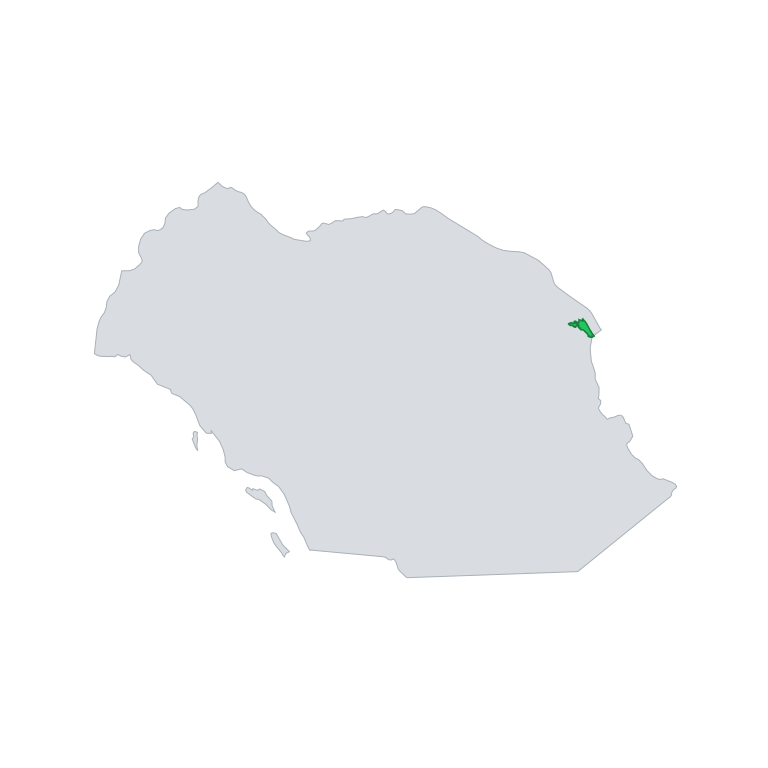 Kigoma, Kigoma, United Republic of Tanzania (highlighted), rotated 141°
{"feature_id": "72390352B30674118715659", "entity_name": "Kigoma", "entity_type": "district", "adm_level": 2, "iso_a3": "TZA", "parent_name": "United Republic of Tanzania", "parent_adm1": "Kigoma", "projection": "equal_earth", "projection_center": [29.769, -4.701], "detail": "fine", "context": "in_parent", "style": "filled", "palette": "green", "viewbox_px": 768, "rotation_deg": 141, "n_neighbors": 0, "source": "geoboundaries", "source_scale": "gbopen_adm2", "svg_char_len": 7640}
<svg xmlns="http://www.w3.org/2000/svg" viewBox="0 0 768 768"><g transform="rotate(141 384 384)"><path d="M311.3,537.2L305.2,532.9L299.8,530.3L295.3,527.5L293.3,524.7L289.1,523.6L285.4,523.1L282.1,520.5L275.1,519.6L274.4,517.8L274.3,514.0L273.1,513.0L270.5,512.0L267.8,512.0L266.2,512.6L265.2,512.3L262.9,510.0L260.8,507.2L260.1,502.6L256.9,499.6L253.2,497.3L243.1,497.5L241.5,496.8L239.1,494.5L236.2,490.6L234.0,486.2L232.0,480.2L229.9,472.2L218.3,440.0L217.1,433.9L214.8,427.2L211.1,418.9L207.1,412.7L201.8,407.1L195.7,401.6L192.4,397.8L186.1,382.6L184.9,375.5L183.9,368.2L184.3,365.2L188.2,355.7L188.6,353.1L188.1,349.5L186.2,341.9L183.7,332.7L178.8,316.0L178.0,311.8L178.1,308.6L181.0,291.6L181.0,289.3L192.7,289.6L201.3,282.1L208.7,271.0L210.2,266.4L213.2,259.2L216.2,255.7L217.3,253.2L219.0,246.1L222.9,241.3L226.7,237.6L226.0,235.0L226.5,234.0L228.6,232.1L232.6,230.4L233.4,226.6L233.4,222.4L232.8,220.1L232.9,217.3L232.3,215.8L229.6,215.4L225.7,213.3L222.4,212.4L220.2,211.2L219.4,210.3L219.0,207.8L220.8,201.2L219.0,198.6L223.1,187.8L223.8,186.5L225.3,186.3L227.7,185.2L229.8,184.6L231.6,185.1L232.9,184.6L234.1,183.4L235.1,179.7L235.9,173.6L235.4,168.6L233.7,164.8L233.3,158.9L234.1,151.0L233.5,144.5L231.6,139.2L229.7,136.1L226.8,134.7L222.2,126.7L220.7,122.8L221.0,120.4L222.6,119.4L225.5,119.7L228.3,118.8L230.9,116.6L233.4,116.0L234.7,116.3L351.5,116.3L487.9,218.9L488.4,220.1L489.5,228.9L489.2,231.9L487.1,237.0L486.5,239.7L486.5,241.5L487.0,242.2L488.8,242.5L490.3,243.7L490.9,244.7L492.0,248.5L493.5,250.4L545.1,300.7L546.3,301.4L545.5,305.7L542.6,315.9L542.4,320.1L541.2,325.1L540.1,328.5L537.0,342.8L534.5,348.2L531.0,360.8L530.4,370.4L532.2,377.2L532.9,383.5L536.9,389.7L540.0,391.9L542.2,394.8L546.0,401.2L548.1,407.7L554.9,410.9L557.6,418.2L556.6,423.2L553.4,427.3L550.3,434.0L547.9,442.9L547.7,456.3L549.4,454.3L553.0,457.6L553.3,467.5L549.5,479.1L548.3,484.5L548.1,489.1L550.7,502.9L554.7,510.0L554.4,512.2L553.3,514.0L560.2,526.5L559.5,537.3L562.1,545.7L563.2,553.0L564.8,558.6L565.1,562.4L562.9,566.7L568.0,567.8L571.0,571.3L572.4,574.6L576.1,574.5L578.1,576.8L580.9,578.7L587.3,584.3L589.0,587.1L590.0,589.8L572.2,607.5L565.8,612.1L561.2,614.2L556.4,615.4L551.8,618.2L547.4,622.5L541.8,624.8L535.0,624.8L527.9,627.8L516.6,637.0L510.1,631.9L505.0,630.3L499.1,630.5L495.5,631.1L494.2,632.2L493.1,635.3L492.1,640.4L488.2,645.3L481.4,650.0L475.1,651.8L469.4,650.6L465.6,648.6L463.6,645.9L460.7,644.6L456.7,644.8L453.0,646.8L449.4,650.5L443.6,652.0L435.8,651.6L431.6,649.8L431.0,646.7L427.6,643.2L421.3,639.1L416.7,639.0L413.7,642.9L410.9,645.4L408.5,646.4L406.2,646.5L403.1,645.4L394.4,645.0L386.1,645.2L385.4,639.5L383.7,636.0L382.2,633.9L379.4,633.4L378.6,631.8L377.7,628.3L376.3,625.3L374.4,622.8L373.3,620.5L373.0,618.3L373.3,616.0L375.0,610.1L375.6,606.1L375.4,602.0L374.5,597.8L372.6,592.8L372.8,591.4L372.2,588.0L372.1,585.6L372.5,582.6L372.1,578.7L370.5,570.3L370.5,568.2L368.8,564.1L363.3,554.6L363.1,553.3L354.5,543.7L351.1,541.6L349.8,543.4L349.4,545.0L349.7,548.1L349.5,549.7L349.1,550.4L347.1,550.3L345.8,549.9L342.6,547.3L340.0,546.7L333.7,547.1L331.5,547.8L329.8,547.2L326.5,542.7L322.6,541.8L319.1,541.6L313.3,536.6L311.3,537.2ZM556.1,375.7L558.9,386.3L558.5,388.3L556.5,389.5L555.4,389.6L554.2,387.9L553.3,384.3L551.8,385.2L549.2,380.9L546.7,380.7L544.4,375.6L545.3,371.1L544.9,363.5L547.7,359.6L549.3,353.0L551.0,357.5L551.4,364.5L553.8,372.7L556.1,375.7ZM570.2,312.2L570.4,314.7L569.8,317.1L569.9,324.6L569.6,329.7L567.5,336.6L565.7,339.1L564.2,338.4L562.9,337.2L561.9,335.3L564.0,322.6L563.0,313.2L567.0,314.1L570.2,312.2ZM563.4,465.8L561.4,466.5L560.6,465.8L559.4,463.8L561.5,462.0L563.6,458.5L568.5,453.5L570.8,449.4L570.4,453.4L567.6,462.0L565.3,462.5L563.4,465.8Z" fill="#d9dde1" stroke="#a8b0b8" stroke-width="1"/><path d="M194.3,290.0L194.1,290.5L193.9,290.6L193.8,290.3L193.5,289.8L193.3,289.7L193.0,289.8L192.9,289.8L192.5,289.2L192.4,289.2L192.2,289.7L192.1,289.2L191.9,289.2L191.7,289.5L191.4,289.5L191.2,289.3L191.1,289.2L190.9,289.2L190.6,289.0L190.5,289.3L190.5,289.7L190.4,290.2L190.4,290.5L190.4,291.2L190.4,291.6L190.4,292.1L190.4,292.6L190.3,293.0L190.4,293.4L190.3,293.5L190.2,293.9L190.1,294.1L190.1,294.4L190.1,294.5L190.0,295.0L190.0,295.5L190.0,296.0L190.0,296.4L189.9,296.6L189.8,296.8L189.8,297.0L189.8,297.5L189.6,298.0L189.4,299.2L189.2,299.8L189.2,300.0L189.1,300.3L189.1,300.7L189.1,301.2L189.0,301.3L188.9,301.7L188.9,301.8L188.8,302.1L188.8,302.5L188.8,302.8L188.7,303.0L188.7,303.3L188.6,303.5L188.5,303.8L188.4,304.0L188.5,304.3L188.5,304.6L188.5,304.9L188.5,305.1L188.5,305.3L188.5,305.6L188.4,305.8L188.4,306.1L188.3,306.5L188.5,306.9L188.6,307.0L188.6,307.3L188.7,307.7L188.7,307.8L188.5,308.0L188.5,308.4L188.7,308.6L188.7,308.9L188.6,309.0L188.7,309.3L188.6,309.5L189.0,309.5L189.1,309.4L189.1,309.2L189.4,309.0L189.5,308.9L189.5,308.4L189.6,308.1L189.7,307.9L189.8,307.8L190.3,308.1L190.3,308.5L190.4,308.8L190.7,309.2L191.0,309.6L191.1,310.0L191.6,310.4L191.8,310.6L191.9,311.0L192.0,311.2L192.2,310.8L192.4,310.5L192.5,310.4L192.9,310.3L193.3,310.2L193.5,310.1L193.7,309.9L193.5,309.6L193.8,309.4L194.0,309.3L194.2,309.5L194.3,309.7L194.5,309.7L194.6,309.8L194.6,309.7L195.1,309.4L195.3,309.2L195.4,308.7L195.5,308.7L195.6,308.8L195.8,308.8L195.7,309.1L195.5,309.4L195.5,309.9L195.6,310.0L195.4,310.4L195.4,310.6L195.4,310.8L195.3,311.1L195.5,311.9L195.6,312.3L196.0,312.5L196.7,312.9L196.9,312.8L196.8,312.7L196.9,312.3L196.9,312.1L197.1,312.0L196.9,311.5L196.9,311.4L197.1,311.3L197.1,311.1L197.3,311.4L197.5,311.4L198.2,311.7L198.4,311.7L198.5,311.7L198.5,311.8L198.8,311.8L198.9,312.0L199.0,312.1L199.0,312.3L199.2,312.5L199.3,312.8L199.5,313.3L199.5,313.6L200.0,313.8L200.3,313.9L200.3,314.0L201.0,314.1L201.2,314.3L201.4,314.3L201.6,314.4L201.9,314.5L202.2,314.6L202.5,314.7L202.8,314.6L202.8,314.4L202.8,314.1L202.8,313.9L202.8,313.7L202.7,313.6L202.6,313.4L202.6,313.2L202.4,312.9L202.2,312.8L202.4,312.5L202.5,312.3L202.5,312.2L202.7,311.9L202.5,312.1L202.4,312.1L202.0,311.7L201.6,311.5L201.2,311.5L200.8,311.3L200.7,311.1L200.6,310.6L200.6,309.7L200.5,309.2L200.1,309.4L200.0,309.0L200.0,308.8L199.9,308.7L200.0,308.5L199.9,308.4L199.9,307.9L199.6,307.7L199.3,307.6L199.2,307.7L198.9,307.8L198.7,307.8L198.4,308.0L198.5,308.1L198.4,308.2L198.2,308.0L197.9,308.1L197.8,308.3L197.8,308.2L197.7,308.2L197.4,308.0L197.2,308.1L196.9,308.4L196.7,308.5L196.4,308.7L196.2,308.6L196.0,308.8L195.9,308.8L195.8,308.7L195.8,308.3L195.8,308.1L196.0,308.0L196.1,307.9L195.9,307.6L195.7,307.5L195.7,307.3L195.7,307.2L196.0,307.3L196.3,307.2L196.5,307.3L196.5,307.1L196.4,306.9L196.4,306.7L196.6,306.6L196.8,306.4L196.9,306.5L197.0,306.5L197.1,306.4L197.1,305.9L196.9,305.9L196.6,305.7L196.6,305.4L196.6,305.2L196.6,304.8L196.7,304.7L196.8,304.6L197.0,304.5L197.1,304.4L196.9,304.2L197.0,304.2L197.0,303.9L196.9,303.8L196.8,303.7L196.7,303.7L196.8,303.7L196.9,303.4L196.9,303.0L196.7,303.1L196.6,302.8L196.5,302.7L196.5,302.3L196.6,302.2L196.5,301.8L196.2,301.7L195.9,301.4L195.6,301.3L195.4,301.1L195.3,300.7L195.0,300.1L194.9,299.5L194.8,299.0L194.8,298.7L194.7,298.6L194.8,298.4L194.7,298.2L194.8,297.9L194.7,297.7L194.8,297.6L194.7,297.4L194.6,297.2L194.6,296.9L194.6,296.6L194.4,296.5L194.3,296.4L194.3,296.2L194.3,295.9L194.3,295.7L194.5,295.5L194.5,295.2L194.4,295.1L194.4,294.9L194.5,294.7L194.4,294.5L194.5,294.1L194.5,293.7L194.7,293.4L194.6,293.2L194.8,293.1L194.8,292.9L195.0,292.9L195.3,292.7L195.3,292.4L195.2,292.3L195.1,292.2L194.8,292.2L194.7,292.2L194.7,291.9L194.6,291.6L194.7,291.4L194.6,291.2L194.3,291.0L194.2,291.1L194.2,290.8L194.2,290.7L194.3,290.4L194.3,290.1L194.3,290.0Z" fill="#22c55e" stroke="#15803d" stroke-width="1.5"/></g></svg>